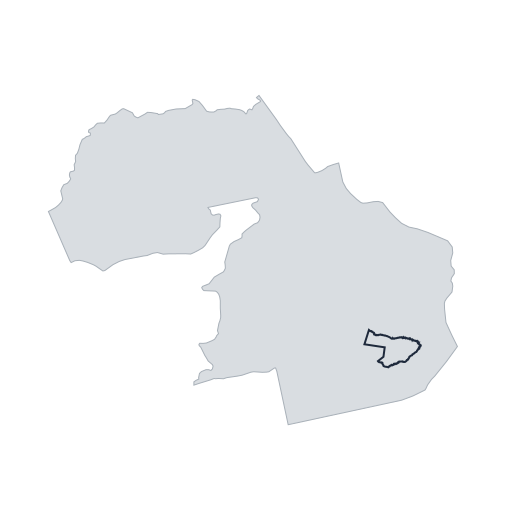 Senanga, Western, Zambia shown in context, rotated 258°
{"feature_id": "96606910B84216604788069", "entity_name": "Senanga", "entity_type": "district", "adm_level": 2, "iso_a3": "ZMB", "parent_name": "Zambia", "parent_adm1": "Western", "projection": "equal_earth", "projection_center": [23.97, -16.023], "detail": "fine", "context": "in_parent", "style": "outline", "palette": "slate", "viewbox_px": 512, "rotation_deg": 258, "n_neighbors": 0, "source": "geoboundaries", "source_scale": "gbopen_adm2", "svg_char_len": 8385}
<svg xmlns="http://www.w3.org/2000/svg" viewBox="0 0 512 512"><g transform="rotate(258 256 256)"><path d="M329.8,356.2L310.4,356.3L303.3,358.3L297.5,361.4L290.5,366.3L286.5,369.7L285.4,371.6L284.8,375.8L284.7,382.2L284.0,386.8L281.9,391.0L271.3,396.1L264.5,400.3L257.7,405.2L252.5,411.6L249.0,419.5L243.2,429.2L231.0,446.6L224.0,449.8L218.1,449.1L211.1,445.5L205.5,444.8L201.3,447.0L197.5,446.3L194.0,442.7L191.0,441.4L188.6,442.4L185.6,442.2L180.0,440.2L175.2,434.0L172.6,431.4L170.5,430.4L164.8,429.4L151.5,428.0L137.7,431.1L125.6,434.2L113.2,420.4L101.3,405.8L98.8,402.0L94.3,397.1L91.1,394.7L89.8,393.5L86.5,380.5L84.7,368.5L84.3,252.4L138.9,252.4L142.4,251.9L142.6,250.7L140.1,244.5L140.2,242.3L140.9,238.1L143.3,229.6L143.4,226.8L142.3,217.6L142.4,212.5L143.1,202.1L142.7,198.6L144.0,193.9L144.4,190.8L144.9,189.5L144.3,185.9L143.2,173.5L142.6,168.4L145.8,169.1L146.9,171.7L147.5,174.5L149.0,174.6L152.9,176.3L154.3,178.6L155.2,183.5L154.6,186.1L153.4,188.1L154.6,189.9L157.2,191.1L158.8,190.8L163.2,187.4L167.2,186.1L169.3,185.3L178.3,183.0L180.1,181.8L181.4,181.8L182.3,182.8L181.5,186.3L181.2,189.4L182.3,195.3L183.1,198.1L185.0,200.1L186.4,201.1L187.9,203.2L191.0,202.8L198.0,205.8L200.1,207.2L203.0,208.6L205.0,209.1L212.2,210.2L219.7,211.8L223.6,212.0L226.4,211.6L228.3,210.7L229.5,209.8L230.1,209.0L233.0,197.8L234.4,196.9L236.3,196.3L237.4,197.4L238.6,204.4L244.0,210.8L245.8,216.1L247.2,220.7L248.3,221.9L250.4,223.5L253.7,224.0L256.6,224.2L271.3,232.0L272.9,233.4L274.7,237.5L275.7,242.2L276.8,245.9L278.7,246.6L280.4,246.9L282.1,249.5L283.3,251.7L287.6,260.8L288.2,264.5L290.3,266.9L293.1,268.0L295.7,268.1L297.3,267.0L301.0,265.1L304.0,262.9L306.1,262.2L307.4,262.7L308.3,264.2L308.9,268.7L311.0,270.3L312.5,269.6L313.1,267.9L313.1,267.0L313.5,219.1L312.2,219.4L310.5,220.8L306.6,220.9L305.1,222.0L304.6,223.5L304.9,225.5L304.9,228.2L304.3,229.5L302.6,230.0L300.2,228.9L295.7,227.6L292.0,226.7L289.4,223.1L285.8,217.7L283.4,215.0L277.8,209.3L276.8,208.2L275.1,205.5L273.6,201.0L272.2,195.8L271.5,192.5L272.9,187.4L276.3,170.8L277.1,165.6L279.9,160.3L280.1,155.6L279.1,149.6L279.4,146.2L279.8,127.2L279.1,121.1L277.3,114.4L273.2,105.1L273.2,103.1L279.6,97.1L281.5,94.8L284.8,89.9L287.1,85.7L288.5,82.3L289.0,77.9L288.0,73.8L290.2,72.9L342.7,62.2L343.5,65.0L345.0,69.8L346.8,73.3L349.0,76.4L350.9,78.2L352.2,78.8L360.3,78.6L363.2,80.5L365.7,82.8L366.3,86.5L367.9,88.8L369.7,90.6L370.5,90.8L371.8,90.3L374.0,90.3L376.0,91.1L376.9,91.9L377.0,95.0L377.6,96.3L380.3,96.9L383.1,97.1L385.8,99.2L388.7,99.5L392.0,100.4L393.6,102.6L397.2,104.9L401.5,107.0L406.3,110.4L406.4,111.4L407.2,113.4L408.0,114.8L408.1,116.9L408.4,118.9L409.7,119.4L410.7,119.5L411.6,118.1L412.9,118.1L414.3,119.0L414.8,121.3L415.9,124.3L417.6,126.4L418.8,128.4L418.4,132.0L417.6,135.3L420.0,138.6L423.1,141.8L423.9,143.1L424.1,147.8L424.6,149.3L426.6,153.2L427.7,155.7L427.6,157.2L421.8,164.9L418.2,166.0L416.7,167.6L415.7,169.2L417.9,176.8L419.1,179.7L418.1,183.3L415.7,189.4L414.7,189.9L414.4,194.6L415.1,196.3L416.2,197.6L416.6,200.7L416.4,208.5L414.9,217.4L417.4,225.1L418.3,226.0L421.8,226.0L422.4,226.7L421.5,228.9L419.0,232.3L414.4,234.9L407.9,237.8L406.5,240.6L405.6,244.7L406.3,247.1L407.1,248.4L406.8,252.0L406.2,255.7L406.3,258.7L406.0,261.3L405.2,262.5L404.0,266.5L402.5,270.4L401.4,272.2L399.7,274.1L397.1,275.6L397.2,276.4L400.1,278.2L400.8,279.5L401.1,280.4L399.8,282.4L401.1,283.6L402.8,284.6L404.3,287.2L406.0,292.1L406.3,292.6L406.8,292.7L407.8,292.1L409.6,290.1L410.9,289.4L412.4,292.3L385.1,304.4L378.7,306.9L369.2,311.2L366.1,312.8L363.6,314.4L338.2,323.9L334.2,325.8L325.3,330.6L325.0,331.4L325.0,333.6L325.8,338.2L327.3,342.3L328.6,344.7L329.4,350.8L329.8,356.2Z" fill="#d9dde1" stroke="#a8b0b8" stroke-width="1"/><path d="M147.1,343.7L139.9,362.9L130.9,359.7L127.8,353.4L127.5,353.5L127.3,353.9L126.9,354.0L126.6,354.3L126.7,354.5L126.4,354.8L126.2,355.4L125.9,355.8L125.7,356.1L125.9,356.5L125.7,357.0L125.3,357.4L125.0,357.5L124.3,357.2L122.7,357.9L122.4,357.8L121.8,357.9L120.9,359.3L120.6,360.2L120.4,360.5L120.4,360.9L120.3,361.1L120.2,361.3L119.9,361.8L119.6,362.2L119.7,362.5L120.2,363.0L120.2,363.6L120.7,363.8L120.8,364.0L120.8,364.4L120.7,364.7L120.7,364.9L121.0,365.2L121.1,365.7L121.4,365.9L121.4,366.1L120.8,366.3L120.7,366.4L120.7,366.6L121.1,367.0L120.9,367.8L121.0,368.1L121.4,368.3L121.3,368.8L121.4,369.0L121.5,369.1L121.7,368.8L121.9,368.8L121.9,369.2L121.7,369.7L121.7,370.3L121.2,370.5L121.3,370.9L121.7,370.8L121.8,370.9L121.8,371.2L121.6,371.6L121.6,371.8L121.8,372.7L122.0,372.9L122.3,372.6L122.5,372.8L122.3,373.2L122.2,373.4L122.2,373.5L122.4,373.6L122.6,373.5L123.0,373.9L123.0,374.1L123.0,374.3L122.8,374.6L122.7,375.2L122.7,375.8L122.5,376.5L122.5,376.8L122.5,377.4L122.4,377.6L121.9,377.7L121.8,377.9L121.7,378.5L121.5,379.0L121.4,379.7L121.6,379.9L121.7,380.3L121.8,380.8L122.3,381.6L122.7,381.7L122.9,381.9L122.9,382.5L123.0,382.7L123.0,383.0L123.1,383.3L123.4,383.5L123.7,383.4L123.8,383.5L124.3,384.3L124.6,384.5L125.1,385.0L125.6,385.1L125.7,385.4L125.9,385.8L126.1,386.3L126.4,387.2L126.4,387.9L126.6,388.2L127.3,388.6L127.5,389.5L127.8,390.0L127.8,390.5L128.2,391.0L128.3,391.1L128.4,391.4L128.7,391.8L128.8,392.8L128.9,393.0L129.6,393.7L129.9,393.8L130.1,393.9L130.5,394.5L130.6,394.9L130.8,395.2L131.4,395.3L131.5,395.4L131.5,395.6L131.4,395.8L131.1,395.7L131.2,396.0L131.4,396.4L131.7,396.4L131.9,396.6L132.7,396.4L132.8,396.8L133.0,396.8L133.1,397.3L133.1,397.6L133.3,397.9L133.7,398.0L133.9,398.3L134.1,398.2L134.5,398.5L134.6,398.4L134.5,398.2L134.5,397.9L134.8,397.8L134.9,397.7L135.1,397.7L135.3,397.4L135.6,397.5L135.8,397.5L135.9,397.3L136.1,397.0L136.3,397.1L136.8,396.9L137.0,396.9L137.1,396.7L137.2,396.8L137.2,396.7L137.5,396.9L137.8,396.7L137.7,396.6L137.9,396.5L138.0,396.4L138.1,396.2L138.1,396.3L138.2,396.2L138.2,396.3L138.3,396.2L138.6,396.0L138.7,395.9L138.8,395.8L138.9,396.0L139.0,395.9L139.0,396.0L139.1,395.9L139.2,396.0L139.3,395.8L139.5,395.8L139.5,395.6L139.6,395.2L139.7,394.9L139.6,394.7L139.7,394.4L139.8,394.4L139.9,394.5L140.0,394.4L140.0,394.1L139.9,394.0L140.1,393.7L140.3,393.4L140.7,392.9L140.7,392.7L140.8,392.6L140.7,392.3L141.1,392.0L141.2,391.9L141.2,391.7L141.3,391.7L141.5,391.6L141.4,391.5L141.5,391.5L141.5,391.4L141.6,391.2L141.7,391.3L141.8,391.1L142.0,391.2L142.1,390.8L142.0,390.7L142.2,390.4L142.3,390.3L142.4,390.2L142.5,390.1L142.4,390.1L142.5,390.1L142.6,389.9L142.8,389.8L142.7,389.4L142.8,389.4L142.7,389.2L142.9,388.9L143.1,388.9L143.0,388.6L143.1,388.4L143.5,387.9L143.6,388.0L143.6,387.9L143.7,387.6L143.7,387.1L143.8,387.1L144.0,387.0L144.1,386.9L144.1,386.7L144.3,386.3L144.5,386.1L144.7,385.8L144.7,385.6L144.8,385.5L144.9,385.4L145.1,385.3L145.0,385.0L144.9,384.9L144.8,385.0L144.9,384.9L145.0,384.8L145.0,384.6L145.1,384.4L145.1,384.2L145.2,384.3L145.3,384.2L145.2,384.2L145.4,384.0L145.3,383.9L145.3,383.7L145.5,383.6L145.6,383.4L145.7,383.2L145.8,382.9L145.7,382.8L145.8,382.7L145.8,382.4L145.8,382.2L146.0,382.1L146.2,381.9L146.2,381.7L146.3,381.5L146.3,381.3L146.2,381.3L146.4,381.1L146.4,380.8L146.3,380.7L146.3,380.3L146.5,379.9L146.4,379.7L146.6,379.4L146.6,379.1L146.4,378.9L146.4,378.6L146.4,378.4L146.4,377.6L146.5,377.5L146.6,377.4L146.5,376.8L146.4,376.5L146.4,376.4L146.4,376.1L146.5,375.9L146.4,375.6L146.5,375.3L146.6,374.5L146.5,374.4L146.5,374.0L146.5,373.7L146.6,373.4L146.8,373.2L146.7,373.2L146.8,373.0L146.8,372.7L146.7,372.7L146.8,372.2L146.8,371.9L147.0,371.6L147.0,371.4L147.3,371.1L148.3,370.3L148.5,370.0L148.6,369.9L149.2,369.2L149.5,368.8L149.6,368.6L149.9,368.2L150.3,367.8L150.4,367.3L150.7,367.0L151.0,366.3L151.3,366.0L151.4,365.8L151.5,365.5L151.4,365.3L151.5,365.1L151.7,364.9L151.9,364.5L151.9,364.3L152.0,364.2L152.2,363.6L152.3,363.6L152.7,363.1L152.8,362.6L152.7,362.2L153.0,361.9L153.1,361.7L153.3,361.6L153.2,361.0L153.2,360.8L153.2,360.6L153.3,360.5L153.4,360.2L153.4,359.9L153.3,359.6L153.3,359.4L153.1,358.9L153.2,358.7L153.4,358.4L153.4,358.2L153.5,358.2L153.7,357.9L153.6,357.6L153.5,357.4L153.5,356.9L153.7,356.6L153.8,356.6L154.0,356.8L154.2,356.6L154.2,356.3L154.4,356.0L154.4,355.8L154.5,355.7L154.6,355.3L154.9,355.2L155.3,355.5L155.7,355.5L156.1,355.5L156.3,355.1L156.6,355.1L156.7,354.9L157.0,354.7L157.2,354.2L157.5,353.8L157.8,353.6L158.0,353.7L158.2,353.2L158.6,353.1L158.7,352.4L158.9,352.3L159.0,351.9L159.2,351.5L159.5,351.4L159.8,351.4L160.2,351.1L147.1,343.7Z" fill="none" stroke="#1e293b" stroke-width="2"/></g></svg>